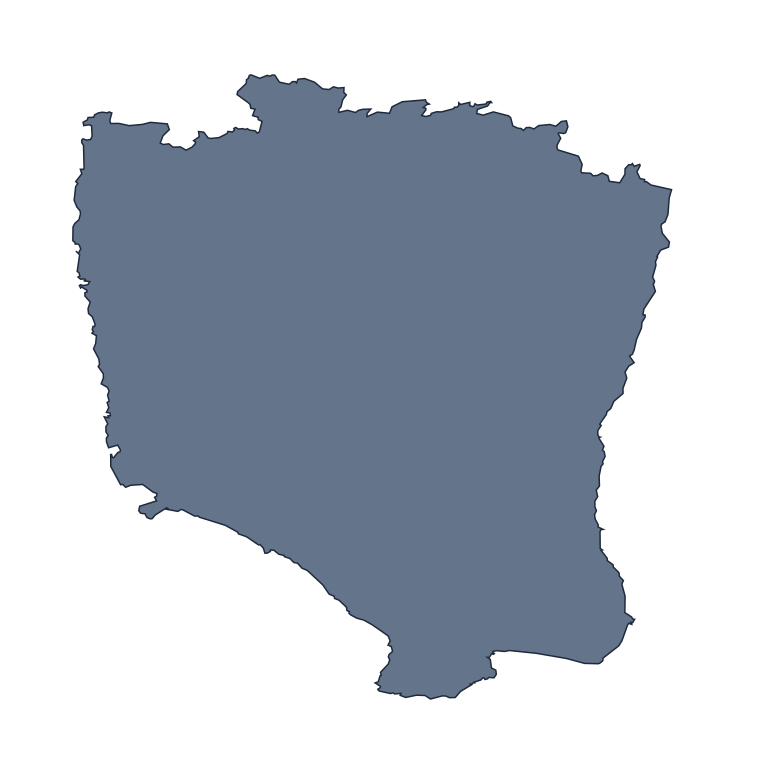 the district of Bangkalan, Jawa Timur, Indonesia, rotated 266°
{"feature_id": "22746128B23347682239441", "entity_name": "Bangkalan", "entity_type": "district", "adm_level": 2, "iso_a3": "IDN", "parent_name": "Indonesia", "parent_adm1": "Jawa Timur", "projection": "equal_earth", "projection_center": [112.943, -7.046], "detail": "fine", "context": "isolated", "style": "filled", "palette": "slate", "viewbox_px": 768, "rotation_deg": 266, "n_neighbors": 0, "source": "geoboundaries", "source_scale": "gbopen_adm2", "svg_char_len": 6070}
<svg xmlns="http://www.w3.org/2000/svg" viewBox="0 0 768 768"><g transform="rotate(266 384 384)"><path d="M670.5,107.4L668.2,106.5L666.1,102.1L662.7,102.5L663.2,107.9L661.9,110.3L651.3,110.1L648.4,108.3L648.1,104.2L649.6,100.8L648.4,99.5L645.9,99.3L643.1,100.9L620.9,99.9L619.1,99.4L619.4,96.1L614.8,97.2L607.4,90.6L605.4,92.5L602.4,90.2L588.9,87.7L582.1,89.9L577.9,92.9L574.9,93.1L569.1,91.1L565.8,86.8L562.3,84.7L548.6,83.6L546.6,85.8L545.1,85.7L545.1,88.2L544.0,89.6L539.9,90.9L536.6,88.8L536.2,87.7L538.1,85.9L534.2,89.4L517.7,85.8L516.2,87.5L512.8,88.1L512.0,86.2L509.7,88.6L509.7,92.9L508.3,93.6L507.8,91.6L506.7,97.6L503.7,95.5L503.2,90.3L504.2,88.6L503.5,87.0L500.9,88.0L501.8,89.2L498.1,94.3L496.6,94.2L495.9,92.0L492.6,91.8L486.2,96.6L479.7,94.0L474.9,94.2L471.4,97.7L463.6,100.0L461.5,99.2L461.8,97.8L458.5,96.7L456.5,97.8L455.0,96.2L452.3,100.5L444.5,99.2L439.3,96.7L428.9,101.3L423.4,101.6L421.3,100.1L413.8,104.7L409.7,104.5L403.9,101.9L399.9,107.9L396.1,109.3L392.2,107.5L386.0,108.6L384.9,106.5L379.6,107.8L375.0,105.1L374.2,108.6L371.5,108.9L371.5,106.4L369.6,107.0L370.8,102.6L363.6,105.6L360.8,103.6L355.6,103.3L351.9,105.3L349.5,103.3L345.7,103.1L339.6,104.8L341.6,114.0L336.6,116.5L334.8,115.9L334.2,113.7L329.4,109.2L329.6,107.9L332.7,107.3L332.7,106.4L320.8,105.7L301.9,114.2L302.1,116.3L299.0,119.1L300.7,124.4L300.6,136.3L292.3,146.0L290.6,149.9L287.8,149.2L287.0,147.2L283.3,149.0L279.1,131.7L274.7,130.5L272.1,132.2L271.1,136.6L267.3,138.3L265.7,141.7L265.9,143.4L269.3,146.7L275.7,158.5L274.8,159.7L274.1,158.6L271.3,169.5L272.9,172.6L272.7,174.2L265.5,185.8L265.2,189.4L264.0,190.5L254.1,215.8L246.5,227.6L244.6,228.4L241.3,236.1L232.2,247.7L232.3,249.3L228.6,252.2L223.5,253.4L223.5,256.1L225.0,259.0L226.4,259.1L225.8,262.6L221.5,267.2L219.9,272.4L218.7,272.6L216.5,277.9L212.3,281.5L211.2,285.3L206.0,289.3L203.4,294.4L187.7,309.1L178.2,314.6L175.8,319.4L173.5,319.8L171.5,324.0L163.9,331.0L160.6,331.2L159.3,333.7L157.9,333.0L156.2,334.4L152.2,340.7L149.9,347.4L144.5,355.6L132.5,370.5L127.3,372.2L123.2,369.8L121.6,372.9L116.7,373.9L113.7,370.1L111.4,369.3L108.4,370.5L104.3,368.7L96.6,360.4L93.5,360.9L93.3,359.8L87.4,357.5L86.4,354.3L82.7,359.3L81.4,359.2L79.9,356.5L78.1,357.7L74.7,369.0L75.4,371.1L74.0,373.3L74.2,379.3L72.3,378.4L69.8,383.8L71.3,394.7L70.4,403.2L66.5,408.4L68.8,420.4L68.4,423.9L66.5,427.5L66.3,433.2L72.0,438.9L77.7,450.0L78.7,449.2L78.5,451.2L80.2,452.5L79.5,453.7L80.5,454.0L82.0,460.0L83.9,461.9L83.8,463.4L82.2,464.1L82.7,466.8L84.0,467.8L83.2,473.2L86.5,475.8L90.7,475.6L93.2,471.4L101.8,470.8L104.1,468.1L103.9,469.9L107.4,472.6L106.7,474.5L107.6,475.3L108.5,473.7L109.7,474.2L110.1,477.9L108.8,485.4L109.4,490.5L104.7,517.3L97.5,546.7L91.3,564.6L90.0,578.4L90.8,580.5L92.6,582.9L95.3,583.4L106.4,599.9L111.2,603.4L126.7,610.2L128.1,611.4L127.0,614.3L129.1,613.6L128.5,615.4L131.8,617.6L132.1,615.8L134.4,614.7L139.2,608.3L155.5,609.7L167.7,607.3L171.2,609.1L175.7,605.5L179.4,605.2L185.5,599.9L187.7,599.9L192.3,594.4L194.6,594.5L202.8,589.0L203.2,590.3L204.9,588.2L221.6,589.2L223.6,590.2L223.7,592.4L226.5,587.5L228.6,587.9L234.4,585.3L238.9,584.9L242.8,587.1L246.8,585.8L252.4,586.2L256.8,589.3L263.3,588.3L267.2,591.8L277.2,592.2L286.7,594.8L289.1,597.0L291.2,596.5L296.3,599.5L301.1,599.0L302.9,597.3L306.5,599.1L314.4,594.9L315.5,594.7L315.9,595.9L316.3,594.6L318.9,593.7L322.7,594.1L327.6,597.8L328.7,596.4L330.1,597.2L337.9,603.6L340.8,604.5L343.7,608.5L350.6,612.0L357.9,621.8L363.1,622.1L372.9,626.6L379.1,625.3L384.8,629.4L387.8,635.0L394.7,630.9L396.4,633.9L400.2,635.8L411.0,639.1L421.8,644.7L427.4,645.6L432.6,649.2L434.6,649.3L435.0,647.1L440.7,648.5L457.4,661.2L464.5,659.6L467.6,661.1L471.8,659.4L483.5,663.6L487.1,663.3L491.5,665.8L492.2,665.1L498.3,669.4L500.7,677.4L505.7,678.6L514.9,672.2L522.2,671.3L524.2,672.2L526.2,675.7L533.4,679.1L549.8,681.5L557.8,684.4L563.9,664.2L567.5,660.0L567.7,657.9L569.8,658.3L571.1,653.8L578.1,651.1L583.9,654.7L585.3,654.4L583.7,648.7L586.6,647.2L585.4,645.8L585.7,643.5L582.0,639.5L576.4,639.0L568.3,633.2L570.5,622.9L576.2,621.8L579.3,616.2L577.2,611.7L577.1,607.1L579.8,604.8L580.9,595.9L582.6,595.2L589.3,597.0L597.7,593.8L605.3,574.0L606.9,573.1L610.3,573.4L616.8,577.4L621.7,575.2L622.4,576.2L621.3,580.8L622.0,582.8L627.8,585.4L633.8,584.3L633.5,579.2L629.1,573.4L631.3,567.7L631.0,556.3L628.0,551.5L629.8,547.2L629.8,543.7L627.2,540.9L629.3,538.6L629.8,535.5L632.5,530.5L640.9,528.9L642.8,527.0L647.8,512.1L645.3,501.7L647.4,495.4L651.4,496.3L654.1,506.7L657.2,509.2L657.2,511.0L658.5,510.2L658.0,506.4L656.2,505.2L655.8,496.5L657.2,494.3L654.9,493.1L654.6,491.5L655.7,488.9L659.0,489.3L657.5,480.0L659.3,478.2L656.6,478.0L655.0,475.9L655.2,473.6L653.7,472.4L651.4,460.2L651.9,455.5L650.7,450.1L648.8,449.2L647.9,444.4L649.2,440.3L654.4,444.8L656.1,445.0L657.1,442.5L659.6,445.9L660.1,448.7L662.0,446.0L664.6,445.2L664.3,421.9L660.0,411.4L653.7,408.3L655.7,396.4L651.9,385.7L655.0,386.0L659.2,390.0L659.5,381.9L658.8,377.7L656.8,374.6L659.6,366.6L658.1,357.9L661.1,358.0L663.3,360.3L670.5,362.7L675.0,366.6L677.7,364.2L682.5,364.8L682.4,359.0L684.0,354.3L681.6,349.8L682.7,343.3L689.9,335.8L694.3,326.0L694.0,319.4L690.4,317.8L691.8,316.7L692.0,313.8L689.6,310.3L692.4,300.7L699.7,296.6L700.0,293.9L699.0,292.1L700.0,288.9L697.6,281.3L701.7,272.9L701.2,271.1L698.6,270.2L697.1,268.1L693.4,267.5L685.9,258.4L683.0,257.6L673.9,268.4L672.2,269.9L668.3,270.3L667.2,274.5L660.9,271.6L658.9,277.0L656.5,277.0L654.5,280.6L644.4,277.3L643.0,275.3L645.6,273.1L646.5,268.0L648.2,265.4L647.6,262.9L648.6,261.2L648.5,256.5L650.3,254.0L649.4,252.0L647.9,252.6L645.9,250.4L646.9,246.0L644.8,244.9L641.3,236.6L641.0,228.5L641.8,225.6L647.8,221.8L648.8,216.6L643.6,217.0L640.0,211.0L638.3,213.0L636.6,212.2L633.6,208.9L631.1,202.8L634.7,197.5L635.0,189.9L638.6,186.2L638.3,180.5L639.9,177.6L647.0,180.8L652.7,187.6L658.6,186.0L661.3,169.4L659.8,160.9L659.5,147.9L662.5,137.5L662.9,129.4L666.1,128.9L673.4,131.4L674.6,128.7L673.8,127.1L674.8,121.7L674.3,117.7L672.7,114.1L670.4,113.0L670.5,107.4Z" fill="#64748b" stroke="#1e293b" stroke-width="1.5"/></g></svg>